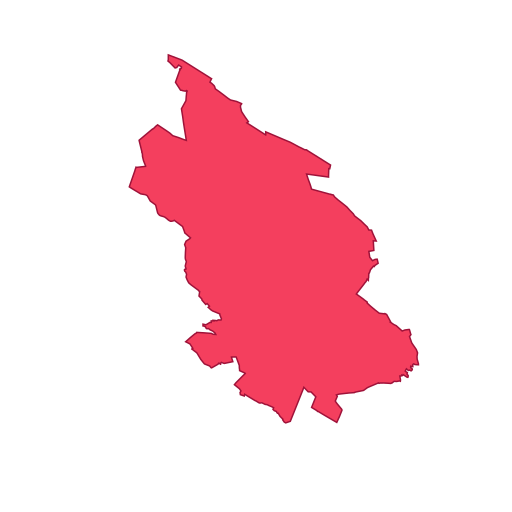 outline of Zemītes pag., Kandavas, Latvia, rotated 219°
{"feature_id": "27541924B24941792791033", "entity_name": "Zemītes pag.", "entity_type": "district", "adm_level": 2, "iso_a3": "LVA", "parent_name": "Latvia", "parent_adm1": "Kandavas", "projection": "equal_earth", "projection_center": [22.809, 56.907], "detail": "fine", "context": "isolated", "style": "filled", "palette": "rose", "viewbox_px": 512, "rotation_deg": 219, "n_neighbors": 0, "source": "geoboundaries", "source_scale": "gbopen_adm2", "svg_char_len": 5863}
<svg xmlns="http://www.w3.org/2000/svg" viewBox="0 0 512 512"><g transform="rotate(219 256 256)"><path d="M125.3,149.1L135.2,181.1L136.2,184.1L130.0,183.3L128.1,184.7L127.6,185.0L120.9,184.2L117.5,173.3L111.6,174.1L110.8,174.1L110.4,173.9L109.7,174.4L109.3,174.4L102.8,175.3L88.5,177.5L89.9,182.9L89.9,183.2L90.0,183.4L92.1,190.2L92.8,190.8L99.8,192.2L101.8,192.7L103.1,193.2L104.5,198.1L106.1,198.6L105.7,199.3L104.5,201.0L97.6,208.0L93.6,211.7L93.4,212.3L92.7,213.3L87.9,219.1L87.8,219.3L87.7,219.6L86.6,223.7L86.1,224.8L81.0,234.4L80.8,234.3L80.3,234.4L79.7,235.3L76.9,237.6L73.9,239.8L71.0,241.8L70.8,242.5L70.4,242.8L69.8,245.5L67.7,247.0L65.9,249.2L65.0,249.5L65.4,250.2L66.0,250.9L68.7,253.2L67.7,254.0L67.7,254.6L67.9,255.1L66.9,255.3L67.0,256.4L62.1,256.9L61.6,257.3L61.9,258.1L62.5,258.9L64.4,259.3L64.9,260.6L65.1,260.7L65.7,260.6L67.3,260.3L67.5,260.4L67.6,260.5L67.9,261.9L68.1,263.0L67.3,263.0L66.7,262.9L65.5,263.0L64.8,264.0L64.5,264.1L63.2,264.3L63.0,265.2L63.0,265.9L63.2,266.3L63.9,266.7L65.6,266.6L66.4,267.7L64.8,268.6L64.5,268.7L64.6,268.9L65.8,270.1L65.7,271.3L65.4,271.5L64.3,271.6L62.9,272.5L61.3,273.7L62.2,274.7L63.3,275.4L63.5,275.6L65.8,277.2L67.7,279.3L69.3,282.1L69.5,282.2L69.5,282.4L69.6,282.5L72.6,284.2L78.7,286.0L80.3,286.5L86.0,290.0L86.1,292.4L86.8,292.8L90.2,295.2L90.6,295.4L91.0,295.1L93.8,292.1L94.3,291.2L95.2,289.7L103.2,290.1L105.6,289.5L109.4,289.2L109.3,289.3L117.7,292.8L119.1,292.5L119.0,292.4L124.2,289.1L129.3,289.0L135.6,289.1L140.0,289.4L140.6,290.2L144.7,290.0L144.9,290.1L149.1,289.9L154.1,289.6L154.2,291.9L154.4,302.1L154.5,303.7L154.4,305.4L155.1,307.9L153.4,307.8L154.6,309.4L154.8,310.0L157.4,313.5L157.2,314.1L158.4,317.4L158.3,322.1L157.5,322.2L157.6,323.6L156.5,327.2L159.8,329.8L160.7,329.0L161.5,328.0L162.5,325.7L163.1,325.8L166.8,326.6L167.0,326.8L171.2,330.6L167.9,334.5L174.4,341.6L172.0,343.3L179.2,346.9L182.5,348.8L184.7,347.2L187.9,348.6L191.8,348.9L196.8,349.4L199.5,349.3L204.6,349.2L206.9,350.0L212.2,350.6L216.2,351.3L222.2,351.3L227.6,351.2L232.2,351.4L234.3,352.1L234.6,351.9L236.5,351.1L236.4,351.0L254.9,342.9L257.3,344.6L259.5,346.0L263.9,348.6L268.3,351.5L249.3,363.0L249.9,363.7L254.4,369.7L253.6,370.2L255.3,373.6L283.4,370.2L283.5,370.3L285.1,369.2L288.9,368.4L291.7,367.7L298.2,366.5L301.2,365.9L308.3,363.8L309.4,363.5L326.6,358.6L325.4,357.3L324.8,356.4L324.7,356.2L346.9,353.7L346.4,355.6L352.1,357.2L356.4,358.6L356.7,358.6L356.9,358.8L358.2,359.2L358.4,359.4L361.7,361.9L362.0,362.3L362.7,363.1L362.9,364.1L362.9,365.3L363.0,365.4L368.3,363.9L374.0,361.2L377.5,360.9L382.4,360.8L388.1,360.6L392.8,360.3L394.7,361.6L395.7,362.0L399.2,362.3L401.2,362.1L402.1,365.6L402.1,365.8L436.7,361.7L450.7,357.1L447.8,353.5L447.1,352.1L444.8,352.1L437.2,351.2L436.2,352.6L436.3,355.7L432.9,356.1L432.2,354.9L432.9,353.7L432.8,353.1L432.1,353.1L432.0,352.0L429.7,345.4L427.9,340.3L419.0,337.4L417.6,338.2L416.9,338.4L414.6,339.7L414.2,340.8L413.3,340.9L413.0,339.8L413.0,339.7L412.3,338.6L411.3,337.2L411.1,336.8L408.2,332.6L406.6,323.5L400.6,318.1L396.8,314.5L392.4,310.5L382.9,302.0L384.9,301.2L390.7,299.3L396.4,297.1L400.3,297.3L404.4,297.0L415.0,296.0L415.5,293.9L415.8,291.0L416.2,289.4L416.4,289.4L417.7,282.7L419.7,272.4L419.0,271.8L410.3,265.2L410.2,264.9L408.6,263.9L406.8,261.9L403.3,259.2L402.3,258.7L401.9,258.4L400.4,257.6L398.3,256.4L398.2,256.2L404.8,249.5L405.1,249.5L404.5,247.7L403.6,245.5L398.0,230.0L395.7,230.2L389.9,231.0L384.8,231.7L384.4,231.9L382.2,233.1L380.6,234.0L379.4,234.3L378.7,234.4L378.1,234.3L372.8,232.2L372.4,232.2L366.6,232.5L366.1,232.4L365.4,232.0L360.0,227.9L359.1,227.4L357.2,227.0L356.3,227.0L355.0,227.4L352.7,228.4L351.5,228.8L349.1,228.9L346.7,228.8L345.1,229.0L344.6,229.2L344.3,229.2L343.8,229.6L343.4,230.0L342.5,231.1L342.1,231.8L342.0,232.3L331.9,232.7L331.6,232.7L327.4,230.2L325.8,229.1L318.3,228.9L318.3,228.0L319.7,223.5L318.7,220.0L315.8,218.2L313.2,214.5L310.2,210.5L309.0,209.2L307.1,208.1L306.7,207.8L306.4,207.5L306.2,206.9L304.9,204.1L304.7,203.7L303.8,203.0L302.7,202.3L302.3,201.9L302.2,201.6L303.0,200.8L302.9,200.1L302.0,199.5L301.6,199.3L300.6,199.3L298.6,198.2L298.4,198.0L298.1,197.5L297.7,196.7L297.1,195.6L294.6,194.2L291.4,192.8L288.5,192.7L283.8,192.9L279.3,193.1L277.9,192.8L277.4,192.9L275.1,189.0L271.1,188.5L270.2,187.7L264.6,186.7L264.0,188.3L260.6,187.7L260.9,186.0L257.2,185.8L255.1,186.0L247.7,188.2L246.9,187.4L243.3,185.4L242.9,184.2L245.1,182.6L245.7,181.1L246.1,180.8L246.9,180.4L248.6,179.2L248.0,179.0L250.0,177.4L249.0,176.2L250.0,175.4L250.3,174.6L251.0,172.6L251.6,171.2L251.9,170.9L254.3,169.7L253.2,168.3L252.6,168.7L251.7,168.8L251.2,169.2L250.7,169.2L249.4,168.5L248.8,168.4L248.2,168.7L247.7,169.2L247.3,169.7L245.2,169.7L242.5,170.4L239.6,170.4L239.3,170.3L237.9,169.7L240.0,168.2L242.1,167.7L249.0,162.9L254.0,159.3L253.8,158.7L254.5,157.1L255.7,151.2L256.7,145.1L252.0,146.1L247.0,144.5L247.1,143.6L247.9,143.3L247.7,143.3L241.6,143.5L241.3,143.5L240.4,143.3L233.8,140.9L228.3,139.7L228.1,139.7L223.0,141.3L222.9,141.4L220.6,140.9L220.1,141.1L217.5,147.8L217.4,148.2L217.6,149.1L217.4,149.4L217.1,149.5L215.5,149.5L215.4,149.7L216.0,150.5L216.0,151.2L216.0,151.5L213.1,152.5L207.5,159.3L211.4,161.9L211.5,162.0L208.0,165.0L207.8,165.0L200.4,160.6L200.0,160.3L198.5,158.5L197.7,157.8L196.9,157.0L196.6,156.6L191.1,158.0L190.5,158.0L190.5,157.1L190.8,154.8L191.8,145.0L191.8,143.7L191.8,142.4L185.9,142.4L185.3,142.4L182.8,141.7L182.7,141.5L182.5,139.9L180.9,138.4L177.0,139.8L177.8,141.4L165.9,143.0L164.4,143.4L163.3,143.5L161.2,143.8L160.8,144.0L160.4,144.2L160.0,144.6L159.2,145.5L158.8,145.7L155.6,146.4L153.5,147.6L152.5,147.7L149.5,148.6L147.9,149.0L146.8,149.2L146.3,147.5L144.4,147.3L142.3,148.0L141.3,147.5L140.3,147.3L139.8,147.8L136.4,146.5L132.4,146.1L132.2,145.5L129.9,144.8L129.6,144.7L127.9,145.0L125.3,149.1Z" fill="#f43f5e" stroke="#9f1239" stroke-width="1.5"/></g></svg>